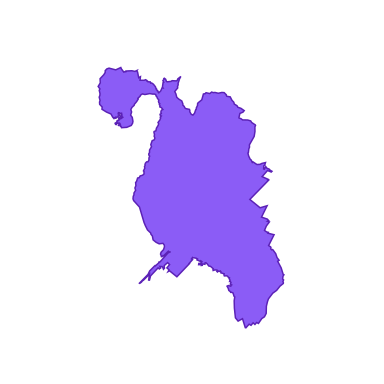 Brasov, Brasov, Romania (Natural Earth projection), rotated 156°
{"feature_id": "2599482B43115927474837", "entity_name": "Brasov", "entity_type": "district", "adm_level": 2, "iso_a3": "ROU", "parent_name": "Romania", "parent_adm1": "Brasov", "projection": "natural_earth1", "projection_center": [25.605, 45.626], "detail": "fine", "context": "isolated", "style": "filled", "palette": "violet", "viewbox_px": 384, "rotation_deg": 156, "n_neighbors": 0, "source": "geoboundaries", "source_scale": "gbopen_adm2", "svg_char_len": 6116}
<svg xmlns="http://www.w3.org/2000/svg" viewBox="0 0 384 384"><g transform="rotate(156 192 192)"><path d="M237.6,299.8L234.3,296.2L234.0,292.7L233.5,291.1L233.1,291.6L232.3,291.0L231.6,291.4L231.3,290.9L231.7,290.5L231.4,290.4L231.0,291.2L229.0,290.5L228.5,291.5L227.2,291.4L227.2,292.7L227.7,293.4L226.9,294.4L225.8,293.7L225.7,292.7L225.1,292.6L225.1,292.1L224.6,292.3L224.9,291.6L224.5,291.6L224.8,290.6L225.8,290.7L227.7,289.6L226.4,289.7L226.1,289.3L224.9,288.9L224.8,288.4L227.0,287.9L228.4,289.3L229.3,288.7L228.8,287.6L230.5,287.2L231.1,287.7L231.8,287.3L231.9,286.5L234.3,286.1L234.3,284.8L233.6,284.4L232.5,285.4L231.4,284.7L230.8,284.8L230.9,283.9L229.4,284.2L232.7,282.6L230.4,283.0L230.6,282.4L230.1,282.6L230.1,282.2L230.5,280.8L230.1,280.4L230.2,279.4L225.3,277.6L220.4,277.5L218.3,279.0L217.2,280.6L216.2,284.5L216.8,287.2L214.6,289.7L214.4,292.1L212.5,293.7L209.6,294.7L208.9,295.6L205.8,297.1L203.3,298.8L203.5,299.4L203.2,299.7L200.6,300.5L199.6,301.4L197.4,301.8L195.4,300.2L190.6,299.1L187.9,297.3L186.7,296.9L185.6,295.9L185.7,293.7L185.3,293.0L185.5,291.5L184.9,289.7L185.8,288.3L186.0,286.9L185.5,285.9L186.3,285.2L186.1,284.1L186.8,282.8L185.6,281.5L185.1,279.2L186.1,279.3L187.3,278.6L188.0,277.5L188.1,276.2L189.6,276.0L189.8,274.9L189.1,273.9L190.6,273.3L190.5,272.4L192.0,270.9L194.8,269.3L194.7,268.0L195.6,266.8L198.5,264.8L200.1,262.6L201.9,262.7L202.4,262.3L203.0,259.5L203.9,258.4L203.9,256.9L204.3,255.9L205.5,255.0L207.5,255.1L210.4,252.0L210.6,249.8L213.7,247.6L214.8,245.3L216.0,244.4L216.4,243.4L216.1,242.0L217.5,240.6L218.3,238.8L219.9,237.5L221.2,238.0L222.8,237.3L223.8,236.2L224.0,235.4L225.1,234.5L225.4,233.0L227.8,231.0L227.5,230.3L228.5,228.0L230.4,227.4L232.8,227.8L234.4,226.6L236.0,226.9L238.5,224.1L239.6,223.7L240.7,220.6L242.5,218.9L242.8,216.5L245.4,214.7L246.2,213.0L247.4,212.0L248.7,209.7L248.8,207.8L246.1,199.6L248.2,183.7L248.3,180.3L248.1,175.5L246.4,171.3L246.7,170.1L246.1,168.0L247.0,164.1L245.3,160.7L243.1,158.0L239.4,156.9L238.9,154.8L239.5,153.1L241.5,150.9L244.9,149.5L244.9,149.1L245.8,148.4L246.1,147.7L246.0,146.1L246.3,145.4L245.8,145.1L244.4,145.7L244.1,145.2L237.7,147.6L237.2,146.5L235.8,146.1L238.7,146.1L248.9,141.5L250.0,141.1L250.5,141.5L250.8,141.4L250.8,140.9L255.5,139.4L255.7,139.8L256.9,139.4L262.8,137.1L265.7,134.6L277.1,130.1L276.9,129.8L274.9,130.2L272.7,131.4L272.4,131.1L264.3,134.2L267.4,129.2L266.7,128.8L264.0,132.2L253.8,136.5L253.2,135.0L251.5,135.4L251.6,137.1L249.6,136.0L249.4,135.3L249.5,133.0L248.1,133.6L247.7,135.3L247.2,136.1L243.0,137.4L242.0,134.8L245.8,132.9L244.6,130.2L246.2,129.0L244.8,129.1L244.4,128.8L240.3,120.7L223.5,127.6L223.7,127.9L219.0,130.0L219.7,131.1L218.2,131.9L218.1,131.4L217.1,131.2L215.0,129.7L214.2,128.6L215.1,128.0L212.7,125.3L212.1,125.7L211.2,124.4L211.6,124.0L212.1,124.2L212.7,123.2L214.8,124.0L215.5,122.9L213.0,121.8L213.4,121.1L212.4,120.8L211.7,122.0L209.6,120.7L208.9,121.9L208.1,121.8L207.3,120.0L206.8,117.6L205.3,116.5L203.8,113.3L204.3,112.9L204.6,111.7L202.8,111.5L201.0,110.6L200.6,109.9L201.6,109.4L201.3,108.6L200.2,109.0L199.4,108.3L198.3,108.4L198.0,107.6L198.5,106.4L195.9,104.2L196.5,103.4L196.6,102.2L194.4,101.3L193.7,100.5L193.4,98.6L192.7,98.4L193.3,97.2L193.1,96.0L194.0,95.0L193.4,94.8L193.2,93.5L194.5,92.3L193.6,91.0L194.4,90.9L194.9,90.2L196.9,91.8L198.3,91.7L198.1,89.4L198.4,87.1L197.4,85.1L197.5,84.6L196.8,84.4L195.6,83.1L196.0,79.6L195.6,78.8L197.7,75.5L200.5,68.7L203.5,59.4L202.4,55.3L197.4,55.7L198.5,46.4L198.0,46.0L193.6,48.0L192.3,46.2L189.4,47.6L188.4,45.4L186.0,46.5L184.8,44.9L179.7,48.0L176.6,48.5L173.6,50.9L170.5,57.4L167.6,61.2L165.6,63.3L159.4,66.7L154.7,67.7L149.9,70.2L145.8,71.3L145.3,72.3L145.4,73.2L144.1,74.4L144.6,75.6L143.2,78.0L141.7,79.0L142.2,79.7L141.4,86.4L141.9,93.9L140.2,94.2L141.0,97.5L140.6,101.6L141.6,106.3L142.0,106.8L142.7,106.8L143.2,108.0L142.5,109.1L142.5,109.9L143.8,111.9L134.4,119.6L139.4,123.5L138.7,124.1L140.0,125.1L141.4,127.4L137.9,130.7L133.5,133.2L135.0,134.6L133.6,134.7L134.2,136.6L138.7,140.8L129.0,148.9L136.2,149.9L142.2,161.7L117.3,171.6L117.8,172.2L117.1,172.4L121.7,177.5L114.3,180.9L111.5,178.0L110.5,178.4L112.0,180.4L111.9,180.8L112.2,181.5L113.9,183.3L114.3,185.2L116.6,183.4L117.2,183.9L115.8,186.7L114.6,187.0L112.9,189.0L116.6,189.7L118.6,189.6L121.5,190.7L124.1,194.8L124.9,194.5L124.9,197.1L125.5,198.2L125.6,201.7L125.1,204.8L124.5,205.0L122.6,208.2L121.2,209.6L120.4,211.7L112.6,217.5L109.9,221.6L108.0,226.0L106.9,226.9L106.9,227.6L109.2,231.2L109.5,233.1L111.8,235.1L116.5,237.3L117.5,239.2L118.9,240.3L118.9,240.8L116.3,244.3L113.0,244.2L111.2,245.1L113.3,248.6L115.6,250.7L115.8,252.6L117.6,255.1L117.3,257.0L118.2,259.6L118.4,263.4L121.3,265.3L121.4,266.0L121.1,266.8L122.2,269.7L124.2,270.8L127.8,271.5L130.5,273.6L132.1,274.1L133.4,275.3L135.7,274.7L138.8,277.0L140.0,276.5L141.7,276.9L145.6,272.2L150.2,271.0L151.0,270.4L151.7,268.9L153.9,267.0L154.4,265.9L155.1,265.7L157.7,262.9L159.9,261.9L161.1,263.3L161.4,266.3L160.9,267.1L160.7,268.5L163.6,270.6L164.3,271.7L164.3,273.4L165.0,275.1L164.5,276.2L164.3,279.3L166.3,282.3L167.4,284.7L166.8,288.1L166.9,290.8L162.7,292.9L162.5,294.0L161.0,295.6L160.6,296.8L157.4,300.4L155.2,302.1L159.0,301.1L160.2,299.9L161.2,299.9L164.9,301.8L166.2,301.6L169.9,302.8L170.4,303.5L170.2,305.7L171.0,307.2L171.6,307.1L171.6,306.4L173.2,305.7L173.2,303.8L173.8,303.9L175.9,300.6L176.3,299.8L176.2,298.9L176.9,299.4L179.4,297.1L182.0,296.1L182.3,296.6L182.0,297.9L182.5,298.5L182.3,298.9L182.9,300.1L182.5,300.6L182.8,301.2L182.6,303.0L183.4,306.2L184.5,308.0L185.5,308.3L185.3,309.5L187.5,310.7L187.5,311.5L188.1,311.8L188.0,312.5L188.8,313.5L190.2,313.5L194.0,315.2L192.2,318.3L194.2,318.1L192.9,323.8L193.3,324.9L192.7,325.4L195.1,325.4L197.6,327.2L202.9,329.3L203.1,328.8L203.8,328.9L203.8,329.3L205.5,329.2L206.4,333.0L206.4,334.7L212.0,334.6L217.4,338.9L219.7,339.1L221.9,338.2L222.7,336.5L224.9,335.0L229.9,332.9L231.4,329.0L234.8,326.6L234.2,323.6L235.4,322.6L236.0,319.4L236.8,317.8L238.2,316.4L238.8,313.0L239.9,311.8L240.7,309.6L239.5,306.2L240.6,304.2L237.6,299.8Z" fill="#8b5cf6" stroke="#5b21b6" stroke-width="1.5"/></g></svg>